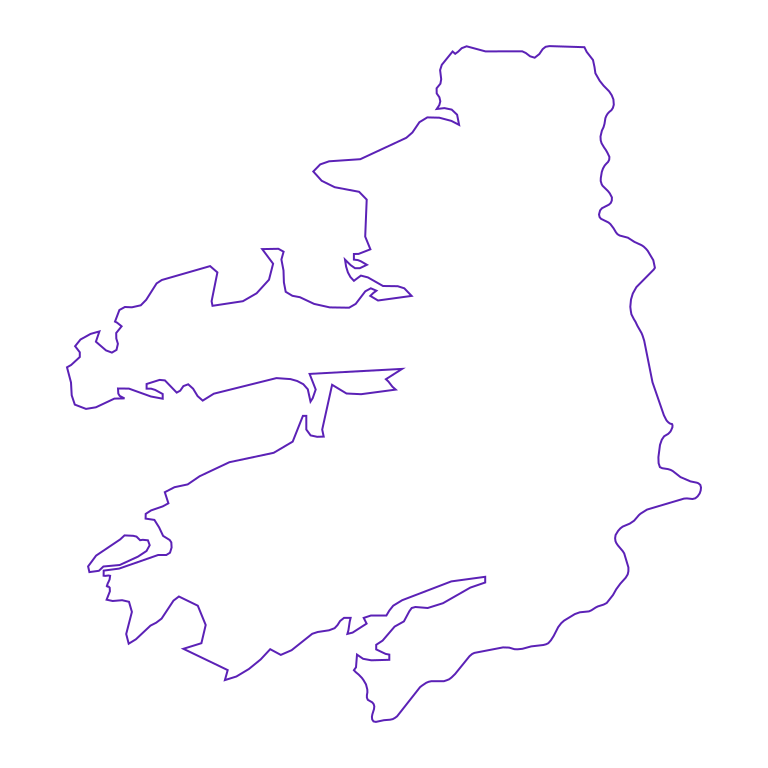 the border of Kerry
{"feature_id": "IRL-725", "entity_name": "Kerry", "entity_type": "County", "adm_level": 1, "iso_a3": "IRL", "parent_name": "Ireland", "parent_adm1": "", "projection": "orthographic", "projection_center": [-9.777, 52.132], "detail": "fine", "context": "isolated", "style": "outline", "palette": "violet", "viewbox_px": 768, "rotation_deg": 0, "n_neighbors": 0, "source": "natural_earth", "source_scale": "10m", "svg_char_len": 5815}
<svg xmlns="http://www.w3.org/2000/svg" viewBox="0 0 768 768"><path d="M353.9,670.2L356.0,667.3L357.0,654.6L363.1,658.8L371.3,660.3L389.3,659.8L389.3,654.6L385.6,653.9L376.2,649.4L376.2,644.8L382.6,640.6L394.6,626.6L403.9,621.4L409.3,611.3L411.7,608.0L415.4,607.0L427.7,608.0L443.0,603.2L470.3,587.6L485.2,582.5L485.2,576.8L451.3,581.4L402.2,600.2L393.2,605.7L389.3,610.6L386.4,615.5L371.0,615.5L363.7,617.9L366.6,623.6L352.6,632.6L347.4,633.9L348.4,630.3L349.7,621.7L350.6,617.9L344.0,617.9L340.1,621.0L337.5,625.1L334.6,628.2L329.0,630.3L317.7,632.0L312.2,633.8L291.6,650.2L280.8,654.9L270.2,649.2L260.7,659.4L248.9,669.0L236.4,676.5L224.9,680.1L227.7,670.1L183.4,648.8L201.4,643.2L205.7,625.0L197.8,605.7L178.9,596.5L173.5,600.6L161.6,618.6L156.2,622.7L150.5,625.6L135.9,639.3L128.7,643.7L126.2,634.0L131.9,611.9L129.0,601.8L122.1,600.2L112.7,601.0L106.6,599.7L109.9,591.3L109.7,587.7L108.6,586.6L107.4,586.6L106.8,586.1L107.8,583.3L108.7,581.5L109.6,579.4L110.1,575.8L108.5,575.5L105.2,575.9L103.6,575.7L103.7,570.6L119.1,568.6L158.1,555.0L166.3,555.0L170.0,552.7L171.6,547.5L171.3,542.4L169.7,540.0L163.1,535.9L159.1,527.4L154.4,519.9L145.6,518.6L145.7,513.9L151.1,510.4L162.7,506.4L168.4,503.3L164.8,492.2L174.5,487.2L187.7,484.4L199.7,476.2L229.4,462.2L273.7,452.8L292.7,441.6L302.9,415.9L306.3,415.9L306.3,429.5L310.6,435.4L317.1,436.8L323.7,436.6L322.2,429.6L332.1,384.8L346.5,393.5L361.1,394.2L395.7,389.6L392.4,386.7L388.4,381.5L385.9,379.2L402.1,368.9L309.6,373.9L315.7,389.5L312.7,398.2L310.5,401.6L307.8,389.3L303.3,384.2L297.2,381.0L290.5,379.1L276.4,378.1L213.8,393.7L202.7,400.6L197.6,396.1L193.1,388.7L188.2,384.3L183.4,386.1L180.2,390.7L176.7,392.6L164.9,380.4L159.6,379.9L146.6,384.0L146.6,388.7L151.2,388.7L155.1,389.9L162.7,394.0L162.7,398.7L150.9,396.5L128.9,388.6L118.0,388.5L118.3,393.6L119.7,395.9L124.5,398.4L114.4,398.6L95.9,407.3L86.0,408.9L74.8,404.6L71.7,395.3L71.0,382.5L67.0,367.3L71.1,365.0L79.8,357.0L79.8,352.3L75.1,346.2L80.5,339.5L90.6,333.9L99.4,331.4L95.9,341.7L106.0,350.4L111.9,352.6L116.5,349.9L117.9,343.8L116.3,338.5L116.2,333.0L121.6,326.3L117.0,322.6L115.0,321.6L119.4,310.0L124.9,307.0L131.9,307.3L140.8,305.3L146.2,299.8L156.6,283.4L161.8,280.0L210.1,266.1L217.4,272.4L211.6,301.2L212.5,305.8L242.9,301.2L256.6,293.3L269.0,279.7L273.1,263.7L262.2,249.1L278.4,248.8L283.6,251.7L281.4,259.5L283.5,270.5L283.9,282.4L285.7,291.8L292.4,295.8L299.9,297.2L314.1,303.9L329.8,307.4L349.1,307.7L355.7,303.9L365.3,291.3L370.8,288.3L376.4,290.7L373.2,293.1L370.3,295.9L378.0,300.5L411.6,295.9L404.3,288.3L397.7,286.2L383.0,286.0L367.9,277.4L360.9,275.6L353.9,280.8L350.4,277.0L347.9,272.4L346.1,266.6L345.0,259.6L350.6,265.1L355.0,268.2L359.8,268.2L366.9,264.8L360.9,261.3L357.9,260.1L353.9,259.6L353.9,254.0L358.6,253.9L370.4,249.3L365.2,236.6L366.7,199.6L359.1,191.8L334.7,187.2L321.7,180.8L313.3,171.5L320.2,164.4L329.1,161.3L360.3,159.2L406.3,137.8L412.4,132.5L419.4,122.2L427.3,117.4L439.3,117.7L451.4,120.9L459.1,124.9L457.1,114.7L451.7,109.6L444.4,108.1L436.7,109.0L439.3,105.1L440.3,101.3L439.4,97.3L436.7,93.4L436.6,88.3L440.4,83.7L441.2,79.2L440.1,70.1L441.8,64.8L452.6,51.5L455.2,53.8L458.1,51.7L461.7,48.2L466.6,46.3L485.5,51.4L522.2,51.3L525.8,53.0L530.1,56.3L534.7,57.7L539.3,54.1L542.7,49.1L545.6,46.8L549.4,46.1L584.4,47.2L586.7,51.9L593.0,60.0L594.5,67.1L595.4,73.3L599.7,80.8L603.6,85.7L609.2,91.4L611.7,95.2L613.4,99.4L613.8,104.7L612.9,107.9L611.4,110.2L609.4,111.8L607.7,113.6L606.4,115.7L605.4,118.1L604.5,123.8L603.5,127.3L601.9,130.6L600.5,136.5L600.7,140.3L601.6,143.3L604.1,147.5L605.8,149.9L607.4,152.7L609.4,156.9L609.2,159.7L608.1,161.9L606.3,163.7L604.7,165.5L603.0,168.5L601.8,171.9L600.8,178.0L600.7,181.0L601.7,184.3L602.6,185.8L608.0,191.1L609.8,193.4L611.9,197.4L611.8,200.5L610.8,202.9L609.0,204.6L602.0,208.2L600.1,210.4L599.0,214.5L599.6,217.1L601.0,218.8L608.5,222.5L610.4,224.1L613.5,228.2L616.0,232.4L617.5,234.2L619.6,235.5L627.9,237.7L634.4,241.9L641.6,245.2L643.7,246.6L646.1,248.9L647.7,250.8L653.3,260.2L654.9,267.8L653.8,269.5L636.4,287.1L632.8,293.5L631.0,299.5L630.3,306.8L630.8,310.9L631.4,314.3L633.9,319.2L635.5,321.8L637.4,325.8L641.5,333.0L642.5,335.4L644.2,340.7L652.5,382.3L663.9,415.3L666.4,420.2L667.2,421.2L668.5,422.5L670.1,423.6L672.1,424.1L672.5,425.4L672.4,427.3L671.1,430.3L670.4,431.6L668.3,433.8L664.1,436.3L661.8,439.7L660.0,444.9L658.4,457.2L658.6,463.2L659.9,467.1L662.2,468.2L668.0,469.1L670.6,469.9L672.7,471.0L680.5,477.1L690.5,481.4L696.9,482.7L698.4,483.3L700.3,484.9L701.0,487.5L700.7,490.4L699.7,493.4L697.6,496.4L695.3,498.3L692.5,499.0L686.9,498.4L684.0,498.6L647.0,509.6L640.5,513.7L638.9,515.1L634.1,520.7L629.8,523.6L622.7,526.6L620.3,528.4L618.1,530.9L615.6,535.0L615.1,538.2L615.5,541.2L616.4,543.2L617.9,545.4L622.8,551.2L624.2,553.4L628.4,567.4L628.4,571.2L627.7,574.4L625.7,577.7L620.3,583.7L616.2,589.3L613.0,595.0L606.7,603.0L603.6,604.6L597.9,606.4L595.7,607.5L591.4,610.3L588.9,611.4L579.8,612.3L574.8,614.1L564.1,620.6L561.2,623.2L558.2,627.1L553.7,635.9L550.9,640.3L548.3,643.2L546.0,644.3L543.3,645.0L531.2,646.4L522.4,648.8L517.5,649.3L514.5,649.2L509.1,647.6L503.0,647.4L474.4,652.9L472.1,654.0L469.5,656.2L455.1,674.0L451.5,677.5L449.1,679.3L446.6,680.3L443.9,681.2L431.3,681.2L428.6,681.8L426.2,682.8L421.9,685.7L420.0,687.2L397.1,716.3L395.1,717.8L392.8,719.1L390.1,719.7L383.9,720.2L375.9,721.9L373.5,721.4L372.2,719.5L371.9,716.8L372.4,714.2L374.0,709.1L374.3,706.4L373.7,704.2L372.3,702.4L367.8,699.8L366.9,697.6L366.9,695.1L367.4,692.4L367.3,689.5L366.0,684.4L363.5,680.1L361.9,677.9L358.7,674.6L355.8,672.2L353.9,670.2ZM142.8,539.8L147.9,540.3L149.7,545.2L146.5,551.0L138.0,556.6L119.7,565.0L103.4,566.5L98.9,570.8L89.4,572.1L88.1,566.4L96.1,555.6L120.2,539.4L124.5,535.4L133.2,535.8L136.5,536.6L140.1,540.2L142.8,539.8Z" fill="none" stroke="#5b21b6" stroke-width="2"/></svg>